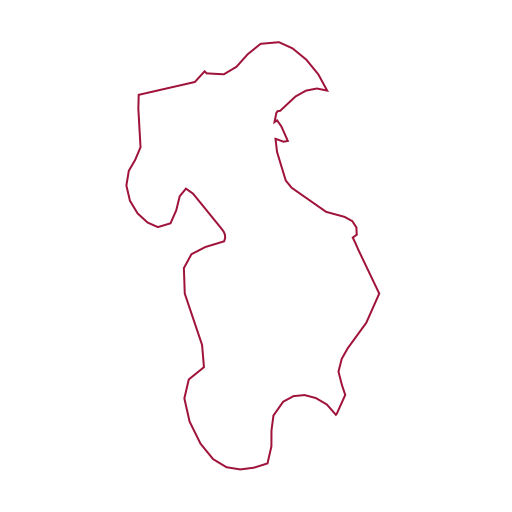 an SVG outline of Grigoriopol, rotated 169°
{"feature_id": "MDA-1637", "entity_name": "Grigoriopol", "entity_type": "Territorial Unit", "adm_level": 1, "iso_a3": "MDA", "parent_name": "Moldova", "parent_adm1": "", "projection": "albers", "projection_center": [29.428, 47.137], "detail": "fine", "context": "isolated", "style": "outline", "palette": "rose", "viewbox_px": 512, "rotation_deg": 169, "n_neighbors": 0, "source": "natural_earth", "source_scale": "10m", "svg_char_len": 1340}
<svg xmlns="http://www.w3.org/2000/svg" viewBox="0 0 512 512"><g transform="rotate(169 256 256)"><path d="M207.9,84.9L214.8,96.7L224.3,105.1L234.8,110.2L245.9,111.3L257.1,107.8L269.3,96.1L274.1,81.8L277.2,66.2L284.3,50.2L298.4,48.6L312.2,49.5L325.3,54.3L336.9,64.8L346.3,82.4L352.8,106.2L353.5,129.9L345.5,147.7L328.3,156.8L325.9,179.0L333.1,232.7L329.1,257.9L319.0,270.1L303.9,274.5L284.5,276.5L282.9,279.4L282.4,282.6L283.0,285.8L284.5,289.1L305.9,329.2L311.9,335.5L319.5,329.2L325.6,316.0L333.7,304.4L346.8,303.1L356.0,309.5L364.1,320.4L369.2,334.3L369.8,349.9L364.6,363.9L356.2,373.5L348.6,384.8L343.4,423.0L340.4,436.6L339.9,436.6L282.8,438.5L271.2,447.1L269.8,445.0L269.6,444.7L252.9,440.5L239.0,445.5L225.7,455.6L211.0,463.4L192.7,461.5L182.7,454.4L180.5,452.8L169.2,439.2L160.2,422.5L154.6,404.8L164.3,408.8L175.3,408.8L186.7,405.1L204.6,393.9L207.2,394.0L208.7,392.6L212.1,384.4L212.3,383.9L209.6,385.0L209.4,385.1L206.4,378.4L202.8,362.9L207.1,362.9L213.7,366.9L214.5,367.3L215.5,354.1L212.4,324.4L208.0,316.2L202.8,310.8L178.8,286.0L178.6,285.9L161.6,277.5L157.4,274.0L154.8,271.8L152.0,264.9L153.0,258.1L153.0,257.7L157.5,255.6L155.9,249.5L154.5,243.1L142.2,195.6L160.5,169.4L183.5,148.0L191.4,138.8L197.1,126.8L196.3,113.1L194.9,102.6L206.9,85.6L207.8,85.0L207.9,84.9Z" fill="none" stroke="#9f1239" stroke-width="2"/></g></svg>